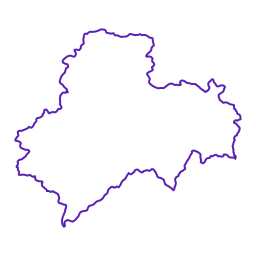 outline of Jequitinhonha, Minas Gerais, Brazil
{"feature_id": "56859067B30834416316700", "entity_name": "Jequitinhonha", "entity_type": "district", "adm_level": 2, "iso_a3": "BRA", "parent_name": "Brazil", "parent_adm1": "Minas Gerais", "projection": "orthographic", "projection_center": [-41.068, -16.402], "detail": "fine", "context": "isolated", "style": "outline", "palette": "violet", "viewbox_px": 256, "rotation_deg": 0, "n_neighbors": 0, "source": "geoboundaries", "source_scale": "gbopen_adm2", "svg_char_len": 5736}
<svg xmlns="http://www.w3.org/2000/svg" viewBox="0 0 256 256"><path d="M152.5,38.2L149.4,37.5L147.6,36.1L145.8,35.2L144.6,35.0L141.7,35.1L140.0,34.2L138.1,34.9L135.7,35.1L133.8,34.9L131.1,34.1L130.0,34.0L129.3,34.3L127.7,35.9L126.7,36.4L121.4,36.9L120.4,36.7L117.6,35.4L114.9,35.3L114.2,34.4L113.6,33.3L110.6,33.6L107.0,32.8L106.2,32.3L106.0,31.4L105.5,30.3L104.4,29.7L102.1,29.4L101.0,29.4L97.4,31.0L95.2,31.6L92.8,31.9L89.9,31.8L88.4,32.6L87.2,33.9L86.2,33.7L85.0,33.8L84.4,34.5L84.1,35.3L83.2,40.0L83.8,42.7L83.6,43.8L82.1,44.8L81.3,45.6L80.9,46.4L80.7,48.3L79.5,49.8L78.7,50.1L77.9,49.8L75.2,49.6L74.5,50.0L74.6,50.9L75.6,52.4L76.0,53.4L75.9,54.3L75.2,55.9L74.4,56.5L73.5,56.7L70.7,55.7L69.7,55.7L68.0,56.1L65.5,57.7L62.9,60.2L62.6,61.2L63.0,62.5L64.8,63.6L67.6,64.4L68.2,66.2L67.9,67.2L66.4,68.0L66.0,68.7L64.6,73.0L63.6,73.6L62.8,74.5L61.1,76.9L59.8,80.9L59.9,82.5L60.6,83.5L62.4,84.4L64.4,87.2L66.6,89.0L67.0,90.1L66.6,90.9L67.4,91.4L67.7,92.2L65.4,92.7L63.3,92.6L62.3,93.0L60.2,95.8L60.3,97.1L59.9,98.4L60.2,102.8L59.9,104.1L61.3,106.7L61.4,108.0L60.4,108.8L58.0,109.2L57.0,110.9L55.6,112.2L54.5,112.3L53.3,112.1L51.7,112.2L49.5,113.2L48.6,112.9L48.0,111.6L46.5,109.7L45.3,109.6L44.3,110.2L44.1,112.3L43.6,113.4L42.9,113.9L42.6,115.7L40.3,117.4L37.3,118.2L36.4,118.8L36.3,121.3L34.4,123.4L33.4,125.7L31.6,127.6L30.4,127.6L28.8,126.9L28.4,127.6L26.8,128.7L21.5,130.9L20.1,130.7L18.9,130.9L17.9,131.7L17.8,132.9L18.4,135.3L18.0,136.1L17.1,136.9L15.4,139.4L15.5,140.6L18.0,141.1L19.9,142.1L20.9,143.3L20.2,145.0L20.1,145.9L20.7,147.7L25.1,149.7L27.7,149.9L28.5,150.2L29.1,150.8L29.3,151.7L26.3,155.1L25.4,156.5L24.6,157.3L23.6,157.7L22.1,159.2L19.9,159.7L18.5,160.4L17.8,161.3L17.6,162.2L18.0,163.4L17.9,164.5L16.6,166.4L16.9,167.2L17.9,167.5L17.9,169.7L19.0,171.6L19.1,172.9L18.9,174.7L20.1,174.9L22.3,174.7L24.1,174.7L27.5,175.6L29.8,174.9L32.5,176.7L33.7,176.7L34.7,176.2L35.2,177.0L35.0,177.9L35.7,179.8L36.4,180.4L38.4,181.1L42.3,181.6L42.5,182.5L41.9,183.4L41.9,184.4L42.3,186.1L43.1,186.8L44.2,187.5L45.0,188.5L46.0,189.1L46.8,190.1L46.9,191.0L48.9,191.0L49.8,191.6L51.1,191.9L52.0,191.4L53.1,191.3L53.7,192.0L55.0,192.4L58.0,194.1L59.2,197.6L59.2,198.4L58.5,200.5L58.4,201.6L58.9,202.9L61.7,203.6L63.4,204.5L65.8,205.0L66.1,206.0L66.1,207.2L65.1,210.1L65.2,211.5L64.1,213.5L63.6,215.2L63.0,216.1L61.9,220.5L62.4,224.3L62.9,225.3L64.0,226.6L64.9,225.8L64.5,223.1L64.8,222.0L65.4,221.2L67.1,220.1L68.0,220.1L71.7,221.4L72.7,221.5L74.2,220.7L75.3,219.8L78.5,216.1L79.4,213.9L80.6,212.0L81.4,211.6L86.3,210.6L87.1,210.2L88.0,207.8L89.2,205.9L91.6,205.3L93.7,204.4L96.3,201.8L98.1,200.9L100.0,200.5L102.6,198.6L104.6,195.4L105.4,194.6L106.4,194.0L107.4,192.9L108.1,190.3L109.3,188.6L110.8,187.3L111.8,186.8L113.0,186.9L113.8,187.6L114.7,187.6L117.1,186.5L118.1,187.1L118.9,187.2L120.7,184.4L121.6,182.2L122.9,180.5L124.6,179.4L125.4,178.5L127.2,175.2L128.7,173.2L129.7,173.9L130.9,174.3L132.9,173.0L133.5,172.2L134.3,171.9L135.1,170.2L136.2,169.7L137.4,169.5L138.5,170.1L139.4,171.1L141.8,172.5L142.8,172.2L143.3,171.3L146.5,170.3L147.3,170.1L149.1,170.9L149.9,170.6L151.7,169.2L153.1,169.2L154.3,170.3L154.8,171.4L155.6,172.1L157.5,176.7L158.4,177.5L160.4,177.8L163.2,179.3L163.8,179.9L165.0,183.8L165.9,184.9L169.0,186.4L170.1,187.5L171.8,188.4L172.4,189.4L173.5,190.2L174.3,189.2L174.6,187.1L175.2,186.3L175.9,183.1L175.1,179.9L175.3,178.5L176.5,177.0L178.4,176.0L178.6,174.8L180.7,171.7L182.9,170.7L184.2,169.5L185.1,169.0L185.1,168.0L184.6,166.8L184.6,165.5L185.1,164.4L185.7,163.7L186.7,161.6L189.3,157.8L190.6,154.8L191.6,153.6L192.0,152.6L191.8,151.7L192.2,151.0L193.0,150.6L194.2,150.6L197.7,152.0L199.8,153.5L200.6,154.6L200.3,156.8L201.1,160.2L200.8,162.3L203.0,163.3L203.9,162.8L204.5,162.1L205.2,161.2L205.7,159.8L206.4,158.8L207.4,158.3L209.8,157.8L210.7,156.2L211.4,156.0L212.2,156.3L215.0,154.9L216.0,154.9L217.1,155.3L218.2,156.4L219.4,156.2L222.2,156.7L223.4,156.0L223.9,154.5L225.0,154.4L225.7,154.7L226.7,154.8L227.5,155.3L228.4,156.7L230.2,157.5L231.1,157.6L234.2,157.6L235.2,158.6L235.8,157.3L235.4,155.9L234.1,155.4L234.2,154.3L234.0,153.2L233.3,152.1L233.6,149.9L233.1,148.8L233.1,147.5L232.6,146.5L232.7,145.7L233.1,144.8L233.6,142.5L234.8,139.9L234.1,138.9L234.2,137.7L234.9,136.6L235.7,135.7L236.8,135.4L237.1,134.0L238.8,131.6L239.7,129.1L239.4,127.2L238.4,126.4L235.8,123.4L234.5,123.2L233.9,122.2L234.5,120.9L235.5,120.3L236.3,120.2L237.2,120.7L237.9,120.4L238.6,119.8L240.5,119.3L240.6,118.3L240.2,115.9L239.6,114.9L238.8,114.3L237.7,114.0L237.2,113.2L236.9,112.1L235.8,110.5L235.5,109.4L234.5,109.1L234.1,108.2L234.0,105.3L233.2,104.9L229.6,104.1L228.6,103.3L226.6,102.5L225.5,102.3L223.3,102.8L220.1,100.2L219.6,99.4L218.6,96.2L218.7,94.9L219.6,94.0L223.0,91.8L223.9,90.1L224.0,89.2L224.9,87.2L224.6,86.4L223.8,85.7L222.0,85.3L221.0,85.4L218.7,86.3L217.4,86.4L216.6,86.0L215.3,83.7L213.9,82.2L213.3,79.9L212.6,79.3L211.7,79.4L211.0,80.5L209.2,82.0L208.4,82.9L208.3,84.1L208.4,85.5L209.4,87.4L209.1,88.8L208.5,89.9L205.9,91.8L204.8,91.7L204.3,91.0L200.6,88.6L199.8,87.6L197.1,85.3L196.1,84.8L195.6,84.1L194.7,83.9L192.2,84.1L188.3,83.0L186.7,82.8L184.5,81.1L182.6,80.5L181.4,80.6L180.5,81.3L180.1,82.1L180.0,82.9L180.7,83.8L180.5,84.9L178.8,85.2L176.5,84.7L175.2,85.0L174.3,84.8L172.5,83.8L171.5,83.6L169.7,83.8L168.1,84.7L164.5,87.6L163.5,88.1L160.5,88.0L158.4,88.3L157.0,87.9L154.7,87.1L151.3,85.0L149.1,82.7L149.1,81.3L149.8,79.1L149.5,77.9L147.1,74.3L147.2,73.4L148.7,72.1L150.6,71.3L152.6,70.2L152.7,69.0L152.0,68.0L152.1,67.0L153.7,65.6L154.3,64.5L153.9,63.3L152.2,61.5L152.1,60.7L152.6,58.7L152.0,57.9L151.3,57.2L150.5,56.8L149.2,56.4L146.9,56.7L146.2,56.0L147.0,54.5L150.6,51.0L151.3,49.9L151.6,47.5L153.9,45.3L153.1,42.1L152.5,38.2Z" fill="none" stroke="#5b21b6" stroke-width="2"/></svg>